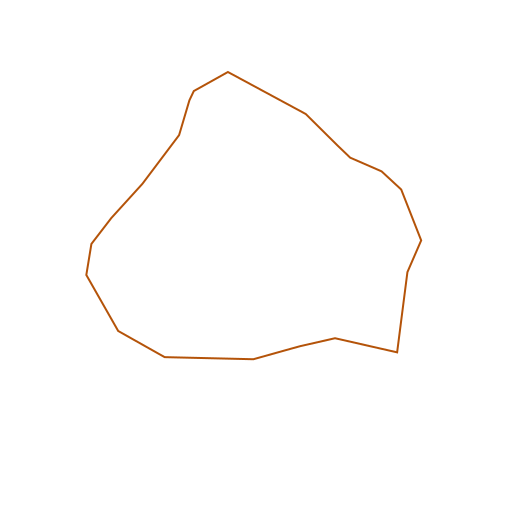 outline of Xalzan, Sühbaatar, Mongolia, rotated 229°
{"feature_id": "93677404B22998636655266", "entity_name": "Xalzan", "entity_type": "district", "adm_level": 2, "iso_a3": "MNG", "parent_name": "Mongolia", "parent_adm1": "Sühbaatar", "projection": "orthographic", "projection_center": [113.029, 46.302], "detail": "fine", "context": "isolated", "style": "outline", "palette": "amber", "viewbox_px": 512, "rotation_deg": 229, "n_neighbors": 0, "source": "geoboundaries", "source_scale": "gbopen_adm2", "svg_char_len": 441}
<svg xmlns="http://www.w3.org/2000/svg" viewBox="0 0 512 512"><g transform="rotate(229 256 256)"><path d="M373.1,139.7L353.0,115.5L289.8,102.8L239.6,120.7L179.8,186.3L163.5,220.7L158.8,230.5L142.1,261.7L90.7,299.3L144.5,359.7L159.4,390.9L210.9,409.2L237.5,406.3L268.4,391.6L286.1,390.0L330.5,386.7L413.3,355.5L421.3,317.3L417.2,307.9L397.7,277.3L385.0,217.6L379.6,171.8L373.1,139.7Z" fill="none" stroke="#b45309" stroke-width="2"/></g></svg>